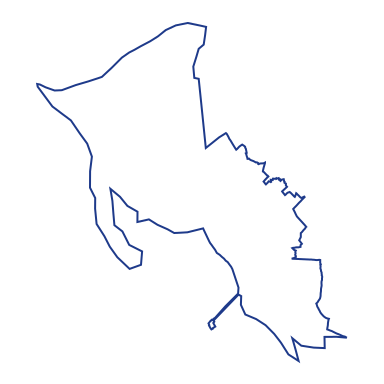 Toliary-I, Atsimo-Andrefana, Madagascar
{"feature_id": "10022922B36331574429859", "entity_name": "Toliary-I", "entity_type": "district", "adm_level": 2, "iso_a3": "MDG", "parent_name": "Madagascar", "parent_adm1": "Atsimo-Andrefana", "projection": "mercator", "projection_center": [43.678, -23.343], "detail": "fine", "context": "isolated", "style": "outline", "palette": "blue", "viewbox_px": 384, "rotation_deg": 0, "n_neighbors": 0, "source": "geoboundaries", "source_scale": "gbopen_adm2", "svg_char_len": 4950}
<svg xmlns="http://www.w3.org/2000/svg" viewBox="0 0 384 384"><path d="M346.8,337.7L344.9,336.6L342.7,336.1L340.2,334.9L338.3,334.1L336.4,333.4L334.6,332.5L333.2,331.8L331.9,331.1L330.1,330.5L328.6,329.9L327.2,329.4L327.3,328.2L327.6,326.7L327.8,325.5L327.9,324.7L327.9,323.7L328.0,323.0L328.1,322.1L328.3,321.0L328.5,319.8L328.9,318.8L327.2,318.4L325.7,317.8L323.9,316.5L323.1,315.7L322.2,314.7L321.2,313.6L320.2,312.1L319.5,310.5L318.8,309.5L318.4,308.3L317.8,307.6L317.2,306.3L316.8,304.8L316.3,303.5L317.0,302.9L317.9,301.8L318.5,300.7L319.3,299.6L320.0,298.5L320.3,297.3L320.5,296.4L320.6,295.3L320.6,294.4L320.7,292.9L320.9,291.8L321.0,290.4L321.0,289.0L321.2,287.9L321.4,286.9L321.6,285.8L321.6,285.0L321.6,284.7L321.5,283.9L321.5,283.7L321.5,283.2L321.5,282.0L321.6,281.1L322.0,280.1L322.0,279.0L322.0,278.2L322.2,277.0L322.1,276.1L321.7,275.3L321.8,274.3L321.6,273.5L321.6,272.4L321.1,271.4L320.9,269.8L320.4,268.4L320.5,267.1L320.6,266.0L320.3,264.8L320.8,264.4L320.2,262.9L320.2,260.0L319.1,259.8L318.3,260.0L316.3,260.1L314.3,259.8L312.6,259.7L310.9,259.5L309.1,259.5L291.7,258.7L293.3,258.2L294.2,258.0L294.6,257.6L295.3,257.4L295.8,257.1L295.9,256.1L295.6,255.7L295.2,254.9L295.3,254.2L295.5,253.8L295.6,253.1L295.3,252.4L295.4,251.4L295.8,250.6L295.1,250.3L294.1,249.9L292.3,248.1L293.1,247.8L294.2,247.8L295.4,247.5L296.6,247.3L298.6,247.3L300.5,246.9L300.5,246.1L300.6,245.0L301.6,244.1L301.9,243.8L299.2,240.3L300.8,237.1L300.8,233.1L301.9,232.1L302.8,231.0L303.6,230.0L305.1,228.5L305.9,227.0L306.2,226.8L304.7,225.0L297.2,216.8L296.8,216.3L296.4,215.5L295.8,214.3L295.6,213.9L294.7,211.9L293.9,210.4L293.2,209.0L294.4,207.7L296.3,205.8L299.1,202.7L300.5,201.4L302.1,199.6L304.6,197.1L304.3,196.6L303.7,196.8L303.0,197.2L301.5,197.9L300.8,197.7L299.7,196.7L299.1,196.0L298.5,195.4L297.5,194.5L296.6,193.5L296.2,193.2L295.9,194.1L295.1,196.4L294.8,196.9L294.0,196.3L293.5,195.7L291.0,193.1L289.7,192.0L289.1,192.3L288.7,192.3L288.1,192.5L287.1,193.1L286.5,193.7L285.8,194.5L285.0,195.1L282.2,191.6L282.1,191.4L286.1,187.7L287.0,186.8L286.6,186.4L286.3,185.9L285.8,185.1L286.0,183.9L285.9,183.6L285.1,183.2L284.4,182.7L284.4,182.2L284.6,181.8L284.1,181.3L284.1,180.8L283.7,179.2L282.9,179.4L282.1,179.5L281.0,180.4L280.9,180.5L280.8,180.1L280.4,179.6L280.0,180.2L279.7,179.7L279.5,179.4L279.4,179.8L279.1,179.8L278.9,179.3L278.7,178.6L278.6,178.1L277.9,178.3L277.5,178.4L277.1,178.5L276.3,178.9L276.1,178.3L275.5,178.7L275.2,178.7L274.6,178.8L273.0,178.6L272.9,178.8L272.7,180.0L270.8,179.8L271.2,181.8L270.8,182.1L270.5,181.9L269.1,181.4L268.7,181.3L267.4,183.0L267.0,183.3L265.9,184.4L265.4,183.9L264.8,183.1L264.0,182.0L263.6,181.6L264.4,180.6L265.1,179.8L266.9,177.9L268.4,176.5L268.1,176.1L267.6,175.6L267.3,175.7L266.1,174.4L264.1,172.3L263.6,171.8L262.9,171.5L262.9,171.0L263.6,167.8L264.8,163.7L265.0,163.0L265.0,162.6L264.5,162.9L263.9,163.2L262.5,163.4L261.8,163.4L260.3,163.5L259.5,163.7L258.7,164.2L258.2,164.0L258.0,162.9L256.8,162.3L256.0,162.5L253.5,161.1L251.6,160.4L250.8,160.1L249.9,159.5L249.2,158.9L248.9,158.6L248.3,158.9L247.5,158.9L247.3,157.8L246.9,156.6L246.6,155.7L246.4,154.6L245.8,153.3L246.7,152.9L246.3,151.0L245.8,148.6L245.2,147.7L245.1,146.7L243.9,145.7L242.8,145.0L242.2,144.6L240.8,145.5L239.2,146.7L237.2,148.9L236.2,149.7L234.9,147.7L232.5,143.8L230.6,140.6L229.3,138.8L228.4,136.8L226.7,133.8L225.9,133.1L219.2,137.3L205.8,148.0L201.0,101.0L198.7,78.8L194.3,77.9L193.3,66.6L196.4,56.7L198.7,48.8L203.7,44.6L205.1,35.2L206.1,26.9L200.3,25.6L187.7,23.0L175.8,25.4L165.7,30.1L157.9,36.4L150.1,41.3L140.8,46.2L134.3,49.9L129.2,52.5L121.9,57.6L111.8,67.7L101.9,76.9L98.1,78.2L88.3,81.4L75.7,85.1L61.8,90.2L54.6,90.5L45.6,87.3L39.9,84.5L37.2,84.0L37.7,86.7L52.4,106.5L61.8,113.6L70.9,120.4L79.7,133.3L87.2,143.6L91.9,156.6L90.1,171.2L90.0,187.7L95.2,198.0L95.1,208.7L96.6,224.0L104.4,236.2L109.8,246.7L117.3,257.2L129.6,268.9L141.0,264.8L142.1,251.4L129.2,244.9L122.4,231.4L114.4,225.2L113.4,213.7L112.4,200.9L110.4,188.8L120.0,196.8L127.4,205.9L137.5,211.7L137.4,222.0L148.9,219.4L157.5,224.8L167.6,229.3L174.2,233.0L178.7,232.8L187.4,232.3L197.5,229.8L203.1,228.4L204.2,230.8L209.0,240.9L210.1,243.0L211.5,244.8L213.1,247.1L215.1,249.8L216.8,252.9L219.7,254.8L221.9,256.9L224.0,258.6L225.7,260.7L227.7,262.1L229.2,264.2L230.4,265.8L231.1,266.7L232.4,269.2L238.5,287.6L238.1,293.6L225.4,306.3L214.8,318.2L214.4,318.2L212.4,320.0L212.0,319.7L211.3,320.4L211.2,320.3L210.4,321.0L209.9,321.7L208.5,323.4L209.3,325.1L209.0,325.5L210.5,328.2L211.4,329.4L212.9,328.6L212.9,328.1L215.3,326.6L213.3,323.0L214.3,321.7L213.6,320.5L238.5,294.6L238.7,294.8L239.1,294.9L239.5,295.2L240.2,295.5L240.6,295.7L240.8,295.9L241.2,296.1L240.9,304.8L245.3,314.5L256.2,319.1L261.6,322.6L265.6,325.2L274.2,333.9L280.0,341.4L281.3,343.2L284.9,348.9L288.4,354.4L298.6,361.0L295.6,349.7L292.3,338.2L301.3,345.7L313.7,347.6L324.7,348.1L324.5,336.9L336.7,336.8L346.8,337.7Z" fill="none" stroke="#1e3a8a" stroke-width="2"/></svg>